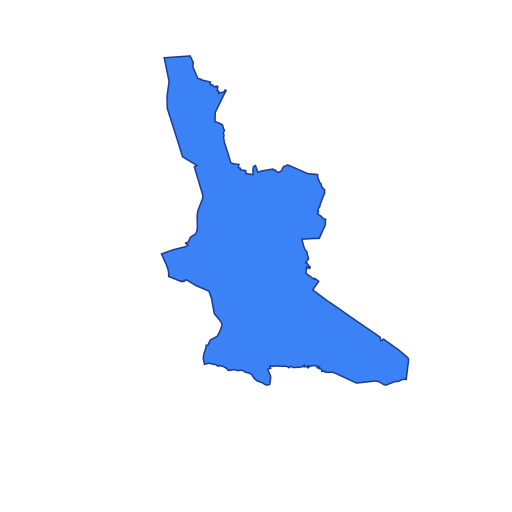 the district of Pitesti, Arges, Romania, rotated 218°
{"feature_id": "2599482B71034334572374", "entity_name": "Pitesti", "entity_type": "district", "adm_level": 2, "iso_a3": "ROU", "parent_name": "Romania", "parent_adm1": "Arges", "projection": "robinson", "projection_center": [24.855, 44.857], "detail": "fine", "context": "isolated", "style": "filled", "palette": "blue", "viewbox_px": 512, "rotation_deg": 218, "n_neighbors": 0, "source": "geoboundaries", "source_scale": "gbopen_adm2", "svg_char_len": 6047}
<svg xmlns="http://www.w3.org/2000/svg" viewBox="0 0 512 512"><g transform="rotate(218 256 256)"><path d="M450.4,355.7L431.9,340.0L424.5,327.1L416.8,317.7L391.0,300.1L375.0,289.0L370.6,289.5L369.6,289.6L358.1,291.0L359.6,288.6L359.1,288.0L338.8,273.6L335.3,271.0L334.8,270.5L334.1,269.5L333.4,268.3L332.1,263.8L330.0,256.8L329.4,255.4L329.0,254.7L328.2,253.2L327.5,252.0L326.2,250.3L323.3,246.7L320.6,243.4L319.4,241.8L318.9,241.0L318.3,239.8L317.8,238.7L317.5,237.6L317.4,236.7L317.5,235.6L317.8,234.4L318.9,231.7L319.0,231.2L319.1,230.6L319.1,230.0L318.2,225.8L318.1,224.9L318.2,224.6L318.4,224.0L318.8,223.6L319.5,223.2L319.3,222.7L316.4,222.8L316.5,221.8L317.1,220.3L318.7,218.1L321.7,214.3L323.0,212.6L324.7,210.5L331.8,199.5L323.2,194.9L321.6,194.1L319.4,192.8L317.7,191.7L316.1,190.4L313.8,188.2L312.2,186.0L309.5,186.9L309.3,187.0L306.5,187.6L306.5,188.0L305.9,188.2L304.9,188.4L304.1,188.4L301.7,189.1L299.2,189.9L298.6,190.1L298.8,191.0L297.1,191.4L296.7,193.9L296.0,194.0L296.0,194.5L285.0,195.7L282.9,196.3L278.0,197.6L277.9,197.9L275.2,198.3L271.5,199.3L265.1,195.3L253.5,185.0L243.6,182.7L240.3,181.0L238.2,174.6L237.1,168.9L240.2,162.0L240.1,160.4L239.0,156.0L240.3,155.1L238.4,151.5L236.8,146.8L234.6,142.9L229.9,138.9L227.4,142.2L226.6,142.8L226.1,142.9L223.4,144.2L222.2,144.8L221.1,145.7L219.2,145.6L218.3,145.8L217.4,146.4L217.6,147.1L215.8,148.0L215.0,148.2L213.0,149.0L211.1,149.1L209.8,149.5L208.8,149.0L207.7,148.7L206.9,149.1L206.2,150.0L205.3,150.6L203.5,153.0L199.8,154.4L199.0,155.1L197.9,156.5L196.3,157.4L194.3,157.8L193.3,157.8L192.5,157.9L191.9,158.2L190.3,159.2L188.7,159.5L187.9,159.9L187.3,160.0L185.5,159.7L184.3,159.1L180.9,158.3L178.3,158.3L177.1,158.6L172.8,160.0L171.9,160.2L170.4,160.2L168.3,160.8L166.6,162.4L166.1,163.1L167.4,165.6L168.0,166.7L169.6,169.3L170.1,169.8L170.5,170.2L171.4,170.8L173.4,172.0L176.9,173.8L177.0,174.0L175.3,176.5L176.4,177.1L177.3,177.6L177.3,177.8L175.9,178.6L174.7,179.7L173.0,181.2L171.1,182.7L167.8,185.0L164.6,187.4L163.7,187.9L163.0,188.2L162.4,188.3L161.3,188.3L161.0,188.5L160.8,188.8L160.9,189.6L160.9,190.4L160.7,190.6L160.2,190.8L158.3,190.9L157.9,191.1L153.6,194.8L152.3,196.1L151.5,197.1L151.1,197.5L151.0,198.1L150.9,199.6L149.8,198.4L148.7,199.3L148.3,199.7L148.0,201.0L146.6,199.8L146.1,200.1L146.5,200.6L145.9,200.9L146.6,201.8L145.2,202.8L144.4,203.5L144.0,204.0L143.4,205.0L142.6,205.4L141.9,205.8L141.5,205.9L141.2,206.3L141.0,206.5L140.9,206.9L139.9,206.4L139.1,205.6L138.4,206.2L138.2,206.8L137.8,207.8L137.7,207.5L137.7,207.0L137.5,206.2L137.2,206.0L136.2,206.5L135.5,206.8L134.6,207.1L133.2,205.5L132.0,206.6L131.6,207.0L131.2,207.7L130.1,207.0L127.7,208.6L126.5,209.5L125.4,210.4L124.7,211.3L124.0,211.5L121.0,212.5L98.5,217.8L85.1,230.9L82.3,232.4L79.2,233.0L76.2,233.3L74.0,234.3L69.6,242.0L66.2,245.5L64.9,248.3L64.2,249.1L63.8,249.8L61.6,251.2L61.7,251.3L68.5,262.6L71.5,267.7L72.4,268.7L73.1,269.0L73.5,269.2L73.8,269.3L74.9,269.4L78.6,269.5L82.0,269.7L83.1,269.7L85.2,269.8L86.8,269.8L87.1,269.8L91.4,269.5L96.3,269.4L100.5,269.1L104.1,269.1L104.5,268.9L105.1,266.2L105.3,266.1L105.5,266.1L105.8,266.2L106.2,266.6L107.8,268.2L108.1,268.3L108.8,268.4L109.8,268.3L111.0,268.3L113.8,268.1L115.8,268.0L117.7,267.8L121.0,267.7L127.3,267.2L129.4,267.2L137.0,266.6L138.4,266.6L142.4,266.4L144.3,266.2L146.8,266.2L150.7,265.9L157.8,265.6L172.7,264.6L190.4,264.2L191.0,274.7L194.1,274.6L196.0,274.5L196.0,273.7L196.2,273.4L200.1,273.4L201.7,273.3L204.7,273.1L205.9,273.1L206.5,274.0L207.2,275.1L208.4,276.7L209.3,278.3L207.8,278.2L207.8,278.8L208.0,278.8L207.9,279.3L206.2,279.1L206.3,280.6L208.8,280.9L208.8,281.0L209.4,281.1L209.8,281.1L210.0,281.2L210.1,281.3L210.7,281.3L210.8,281.4L210.9,281.5L211.0,281.6L211.9,281.5L211.9,281.4L212.4,281.3L212.4,281.2L212.6,281.2L212.7,282.7L212.9,286.2L216.8,289.1L218.9,290.9L219.2,291.0L220.0,291.0L220.9,291.0L221.1,291.1L222.1,291.7L223.7,292.6L224.2,293.0L225.7,294.0L228.7,296.4L230.2,297.6L225.1,301.9L222.5,304.3L217.0,308.8L220.4,322.8L223.8,327.9L225.7,326.9L227.4,327.1L227.8,327.3L229.7,327.4L231.1,327.2L233.4,327.2L233.9,329.3L235.2,329.6L235.2,330.7L236.2,332.3L236.3,332.7L236.0,333.9L236.9,335.6L237.4,336.8L240.2,345.9L240.1,346.4L240.5,347.6L241.3,348.7L242.0,349.5L242.8,350.6L245.0,350.4L245.7,351.0L247.3,351.3L249.6,353.1L250.4,352.8L252.6,354.2L255.3,355.5L255.7,356.0L257.6,358.1L258.5,357.6L260.0,356.7L260.4,356.5L260.8,356.2L260.9,355.7L261.3,355.6L262.2,355.2L264.8,353.4L265.9,352.9L267.0,352.4L269.2,351.9L271.7,351.3L277.6,349.8L283.1,348.4L284.6,348.0L285.7,347.6L286.8,347.3L287.0,347.3L287.3,347.2L287.5,346.7L287.8,345.9L289.0,344.0L289.2,343.6L289.3,343.0L289.2,342.4L288.6,339.9L288.5,339.0L288.6,338.3L288.8,337.8L288.9,337.5L289.4,336.3L289.7,336.0L289.7,335.9L290.8,335.4L291.5,335.2L292.2,335.3L293.3,335.7L293.9,335.5L294.5,335.0L294.8,334.5L295.2,334.4L295.6,334.5L296.1,334.9L296.2,335.0L300.0,330.8L302.3,328.3L302.9,327.7L303.5,327.0L304.6,325.6L305.9,323.5L306.0,323.3L306.0,323.2L306.3,323.2L309.6,325.4L310.5,325.9L312.1,327.0L313.0,325.0L312.4,323.6L311.8,322.6L311.5,322.2L311.1,321.5L309.7,319.9L308.5,318.4L310.7,316.9L311.0,316.9L312.6,315.9L313.0,315.7L314.8,314.7L316.7,317.0L321.4,314.3L322.3,315.6L324.3,314.7L325.8,317.7L329.8,315.2L330.6,314.9L333.3,314.0L342.3,320.3L345.0,322.1L347.1,323.6L348.9,324.7L351.2,326.4L353.5,328.5L354.7,329.5L355.1,330.8L355.3,331.1L357.4,332.9L357.8,333.7L357.9,334.5L358.2,335.4L358.5,335.8L358.7,336.0L359.7,336.2L360.3,336.4L360.9,337.0L361.8,337.8L362.6,338.4L363.0,338.6L365.5,338.4L366.3,338.2L369.4,337.3L371.0,336.5L371.2,336.8L373.1,339.5L374.4,341.1L376.5,344.2L377.1,346.8L377.6,349.2L377.6,349.4L378.7,354.4L379.8,359.6L380.1,361.0L381.5,368.0L382.5,367.9L382.3,365.9L382.5,365.3L383.8,363.6L385.6,361.0L386.6,362.9L387.3,362.5L387.9,362.6L388.4,362.3L388.8,363.2L390.5,366.1L392.0,365.4L391.5,364.6L394.5,363.3L395.1,364.1L397.8,363.0L399.0,365.0L407.9,361.0L408.2,361.4L411.2,360.1L422.5,366.4L424.4,369.8L431.1,373.1L448.9,357.0L450.4,355.7Z" fill="#3b82f6" stroke="#1e3a8a" stroke-width="1.5"/></g></svg>